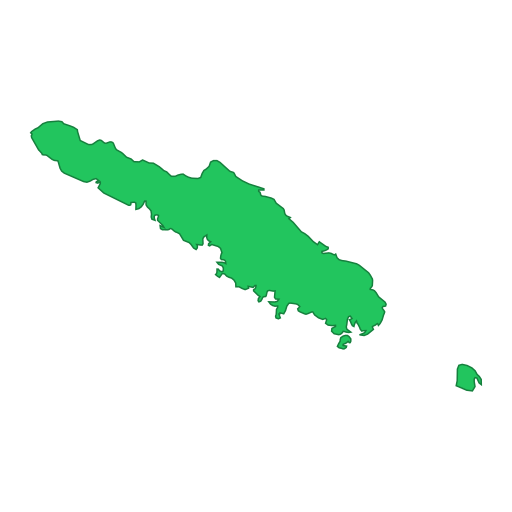 SVG path tracing the border of Sud
{"feature_id": "NCL-1259", "entity_name": "Sud", "entity_type": "Province", "adm_level": 1, "iso_a3": "NCL", "parent_name": "New Caledonia", "parent_adm1": "", "projection": "orthographic", "projection_center": [166.304, -21.993], "detail": "fine", "context": "isolated", "style": "filled", "palette": "green", "viewbox_px": 512, "rotation_deg": 0, "n_neighbors": 0, "source": "natural_earth", "source_scale": "10m", "svg_char_len": 5546}
<svg xmlns="http://www.w3.org/2000/svg" viewBox="0 0 512 512"><path d="M210.6,162.1L213.5,160.6L216.9,160.6L220.0,162.4L229.5,171.0L230.7,171.6L233.1,172.3L234.0,173.0L235.8,176.5L242.3,180.8L249.2,184.1L263.9,188.8L263.9,190.0L258.7,190.0L258.7,191.4L260.0,192.3L260.4,193.4L260.6,194.6L261.3,195.6L262.5,196.2L265.1,196.4L271.4,198.1L274.0,199.4L276.2,203.2L283.3,208.6L284.1,210.0L284.8,213.6L285.9,215.3L287.0,216.1L290.3,217.5L288.9,218.7L293.2,222.4L301.3,231.8L304.8,233.7L308.2,236.3L313.1,241.5L317.5,244.7L319.3,241.8L325.8,246.4L328.2,247.3L328.2,248.8L326.7,249.8L325.2,250.5L323.6,251.0L321.9,251.4L321.9,252.8L323.4,253.5L328.8,252.9L331.2,253.4L333.1,254.4L334.6,254.9L335.7,254.1L337.0,257.7L339.1,259.7L342.0,260.6L345.9,261.1L356.6,263.8L359.3,265.3L368.6,272.8L370.3,275.2L372.4,279.0L372.6,280.6L372.3,285.7L371.6,286.9L370.3,288.3L370.2,289.4L372.9,289.9L374.5,290.8L376.1,292.7L378.6,296.8L385.0,302.1L386.1,304.2L385.6,306.0L384.4,306.3L383.1,306.4L382.2,307.6L382.6,308.9L383.8,310.3L384.7,311.9L384.1,313.7L383.5,315.1L382.1,319.9L380.7,322.5L379.8,323.9L378.4,325.4L378.1,324.5L377.5,323.6L376.5,324.1L375.5,325.0L373.3,326.0L372.4,326.7L372.6,327.7L373.4,329.4L367.6,334.1L364.1,335.5L359.5,334.8L363.3,333.4L364.8,332.5L365.9,330.6L363.0,330.7L361.8,331.1L360.4,329.4L359.4,326.9L357.9,324.0L357.1,323.2L356.5,320.9L355.3,322.3L354.2,325.1L353.9,326.5L352.4,325.7L351.4,323.9L350.5,321.6L349.4,319.7L350.3,319.5L352.0,318.5L350.3,316.1L348.6,316.6L347.4,319.3L346.7,325.0L346.4,326.0L346.3,327.1L346.9,329.3L347.4,329.6L350.8,332.1L348.8,332.5L346.2,332.1L344.0,331.4L343.1,331.3L342.6,332.3L341.5,333.5L340.0,334.4L338.7,334.7L334.1,333.7L331.6,331.2L331.9,328.4L335.5,326.5L335.5,325.3L332.2,325.6L328.1,325.1L325.6,323.3L326.7,319.7L325.5,318.4L322.7,319.4L318.5,317.8L314.6,314.9L312.9,312.1L312.1,311.8L307.9,313.6L306.0,314.2L304.5,313.8L299.9,311.8L298.3,310.8L297.7,308.8L298.9,307.7L299.8,306.5L297.7,304.5L296.1,303.9L290.7,303.1L288.8,303.3L286.8,306.2L285.5,310.6L283.7,313.8L280.0,312.8L280.0,313.6L279.9,313.9L279.6,314.1L278.9,314.1L280.3,317.9L278.4,318.8L276.0,317.9L275.6,316.2L276.2,314.5L276.5,309.4L277.7,307.3L277.7,306.0L275.0,306.2L272.6,305.5L270.5,304.1L268.8,301.8L274.8,302.0L277.4,301.3L278.9,299.2L275.6,299.0L274.5,297.3L275.1,290.9L273.3,291.1L269.3,290.4L267.6,290.9L267.0,292.1L266.2,295.7L265.7,296.5L263.4,296.8L262.5,297.8L261.9,299.3L260.7,301.2L258.9,301.9L258.1,300.7L258.4,298.5L260.0,296.5L258.1,295.3L253.6,290.9L253.6,289.7L254.8,289.0L255.4,288.3L255.8,287.2L256.0,285.5L254.9,285.5L253.1,287.4L248.2,286.3L248.6,288.2L245.1,289.6L242.0,288.4L239.1,286.8L235.9,286.8L235.7,283.0L234.0,280.1L231.6,278.1L229.0,277.3L226.7,276.1L224.6,273.9L222.3,273.5L219.5,277.4L217.5,276.2L215.6,274.6L216.5,273.6L216.9,272.5L217.0,271.1L217.0,269.1L218.2,269.1L219.7,270.9L221.7,271.7L223.3,271.0L223.3,267.8L222.2,265.9L218.6,264.3L217.0,262.3L222.0,262.3L224.1,262.7L225.8,263.6L225.6,261.5L224.8,260.3L223.4,259.7L221.4,259.6L220.5,258.3L220.8,255.8L221.5,253.4L222.0,252.8L220.5,248.3L218.2,246.5L211.8,244.5L209.6,245.9L208.4,245.3L208.6,243.7L210.7,241.8L208.7,240.8L207.4,239.4L206.7,237.4L206.8,235.0L203.9,236.9L202.8,238.8L203.0,243.8L202.2,245.1L200.2,245.0L198.1,244.6L196.7,244.5L197.4,245.5L197.3,247.9L196.1,249.5L193.6,248.0L190.9,244.3L189.2,242.6L183.5,240.3L179.6,233.8L177.0,232.4L175.7,232.0L174.3,231.1L172.0,229.1L170.8,228.5L169.9,228.8L168.9,229.5L167.7,229.8L162.3,229.7L160.5,228.6L160.1,225.6L164.0,227.4L162.8,225.4L157.6,220.3L157.6,218.8L158.3,216.9L158.5,215.4L156.9,214.8L154.9,215.2L154.2,216.4L154.3,218.2L155.0,220.3L151.9,219.2L151.2,217.0L151.5,214.1L151.0,210.8L149.4,208.8L147.5,207.1L146.1,204.9L146.0,201.1L144.6,201.1L143.2,204.2L141.3,206.8L138.9,208.6L135.9,209.4L136.0,205.3L135.8,203.0L134.4,202.2L130.9,202.5L130.8,203.0L130.9,203.9L130.6,204.9L129.5,205.3L128.5,205.2L103.8,193.0L98.1,187.8L100.3,183.6L100.3,182.2L97.6,183.1L96.1,182.6L96.4,181.6L99.0,180.8L96.1,178.6L93.0,179.4L89.9,181.2L86.9,182.2L83.7,181.6L64.2,173.1L61.6,171.0L60.1,168.3L58.3,162.0L57.8,160.8L54.3,160.4L52.0,159.3L46.8,155.3L45.3,154.9L43.7,154.9L42.3,154.6L41.8,153.3L39.2,150.4L38.7,150.0L31.7,137.7L31.3,135.8L31.9,134.8L32.0,133.9L30.7,132.8L31.6,131.6L35.1,129.1L38.1,127.7L42.8,123.7L47.5,122.0L58.4,121.1L61.9,121.7L63.8,123.8L69.8,125.8L73.6,127.3L77.3,129.7L77.6,131.8L80.2,140.5L88.3,144.5L89.8,144.6L91.8,144.5L93.1,143.9L97.4,140.9L99.6,140.0L101.0,140.3L102.3,141.2L103.4,142.2L104.8,143.2L106.3,143.2L110.0,141.9L111.5,142.0L112.8,142.6L113.4,143.4L115.1,147.6L115.7,148.7L116.7,149.9L121.4,152.5L122.7,153.5L126.5,157.2L131.1,159.0L134.0,161.7L139.3,161.9L142.6,160.0L149.1,163.0L153.4,163.2L159.2,166.7L161.9,168.9L163.8,170.6L166.7,171.9L169.5,174.7L171.4,176.3L175.3,176.3L177.9,175.1L181.0,174.3L183.1,174.1L185.6,175.8L188.4,177.2L191.8,178.2L197.9,178.5L200.7,177.5L202.2,173.4L203.9,170.5L206.3,169.0L209.1,166.4L210.6,162.1ZM475.1,370.8L477.0,374.3L479.4,376.6L481.2,379.4L481.3,384.6L479.1,382.9L476.9,378.0L475.1,377.6L474.2,379.1L474.2,381.7L475.0,386.6L472.4,390.9L466.7,390.2L456.2,385.7L457.2,380.8L457.4,369.1L458.9,365.3L462.2,364.4L467.1,365.5L471.9,367.9L475.1,370.8ZM343.1,336.1L345.5,335.4L347.5,335.5L349.1,336.7L350.8,338.9L350.8,341.2L350.2,342.6L349.3,342.7L348.1,341.4L346.7,342.6L345.7,343.3L343.1,344.3L343.1,345.5L346.6,346.1L346.2,347.5L344.3,348.8L343.1,348.9L341.7,348.4L339.1,347.8L337.4,346.4L338.7,343.6L340.1,341.3L340.3,339.3L340.8,337.7L343.1,336.1Z" fill="#22c55e" stroke="#15803d" stroke-width="1.5"/></svg>